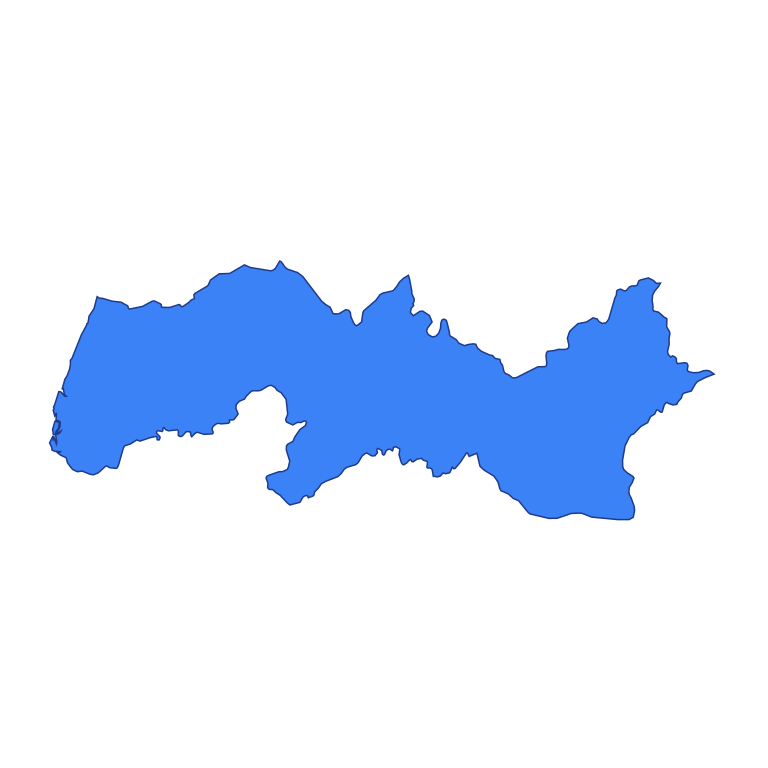 the border of Pernambuco, rotated 185°
{"feature_id": "BRA-1313", "entity_name": "Pernambuco", "entity_type": "State", "adm_level": 1, "iso_a3": "BRA", "parent_name": "Brazil", "parent_adm1": "", "projection": "natural_earth1", "projection_center": [-37.928, -8.379], "detail": "fine", "context": "isolated", "style": "filled", "palette": "blue", "viewbox_px": 768, "rotation_deg": 185, "n_neighbors": 0, "source": "natural_earth", "source_scale": "10m", "svg_char_len": 6132}
<svg xmlns="http://www.w3.org/2000/svg" viewBox="0 0 768 768"><g transform="rotate(185 384 384)"><path d="M703.2,287.0L699.6,288.5L706.0,288.2L709.0,289.3L709.4,291.6L712.0,296.2L709.4,303.0L708.7,302.9L708.5,298.7L707.9,301.9L705.1,295.7L704.9,297.9L706.5,303.6L706.0,305.8L704.8,305.6L703.7,306.2L702.5,307.3L701.7,309.1L704.7,306.9L705.9,307.2L703.2,312.5L703.1,317.4L704.0,318.6L707.6,319.5L707.8,326.6L709.2,323.5L711.3,329.1L710.5,330.6L711.2,332.2L710.3,334.5L707.3,348.0L706.0,348.2L704.3,347.3L701.1,344.1L699.5,344.1L701.7,346.1L702.8,350.9L703.6,352.1L704.3,350.4L702.3,360.9L700.3,364.9L698.5,371.6L698.1,376.0L698.5,380.3L697.1,382.3L689.7,406.8L685.3,416.9L685.4,418.0L684.2,419.1L683.7,426.0L679.5,433.6L677.4,446.0L674.8,444.7L671.9,444.8L662.0,442.8L653.1,442.6L646.1,439.5L645.0,436.8L643.5,436.6L631.2,440.3L622.5,446.1L620.2,446.8L613.7,444.4L612.8,443.6L612.2,441.0L604.1,441.6L595.2,445.3L594.0,444.9L592.8,443.4L590.9,443.8L585.5,448.3L583.4,450.9L580.3,452.5L581.2,456.2L580.2,457.8L568.6,466.1L567.8,467.1L565.9,472.5L557.8,479.4L547.3,480.7L533.4,490.5L527.2,488.4L507.0,486.9L504.7,487.5L502.2,489.8L498.6,497.4L497.0,496.8L492.6,491.6L490.1,490.0L479.9,487.5L474.4,484.1L453.3,461.0L448.9,458.0L444.4,455.8L440.7,449.5L435.3,449.9L428.5,454.7L425.5,454.3L423.8,452.4L422.7,447.8L419.7,442.5L417.8,440.1L416.8,439.7L415.6,440.2L411.8,443.8L411.2,453.5L410.6,455.1L399.3,466.8L395.8,472.6L393.1,474.5L383.6,477.5L382.5,478.4L379.7,482.5L377.4,487.0L373.9,490.9L369.2,494.4L367.8,491.1L364.4,479.0L364.2,476.5L361.3,471.3L361.3,468.8L362.1,466.5L361.3,464.8L363.4,461.8L364.0,457.6L360.7,454.6L354.6,459.5L351.8,460.0L344.6,456.1L341.5,449.9L345.6,443.4L346.2,440.3L344.3,437.1L340.0,435.1L336.4,436.2L333.8,439.7L332.6,444.3L332.6,449.9L331.9,452.7L330.3,453.8L328.3,453.4L327.1,452.2L323.4,441.5L323.1,439.1L322.2,437.6L316.2,434.7L313.0,431.2L307.3,429.2L303.2,430.8L298.5,431.8L296.0,431.6L294.2,428.2L289.9,425.1L281.6,422.2L278.3,421.8L275.6,419.2L270.7,418.6L269.6,415.3L267.7,413.2L265.6,406.9L264.0,405.1L260.3,403.9L256.6,401.4L254.6,401.4L252.5,402.0L232.3,414.5L224.9,415.4L223.8,416.4L223.7,418.7L225.1,426.4L224.8,429.4L223.9,430.8L217.5,432.1L213.3,433.7L206.6,434.2L204.6,434.9L203.3,436.4L203.1,438.5L205.3,445.6L204.0,451.3L203.3,453.1L196.1,461.0L187.6,463.4L181.6,468.1L177.3,467.4L175.3,464.9L171.9,463.4L168.1,464.3L165.8,468.1L161.5,489.8L160.3,492.8L160.3,496.8L159.6,497.9L156.6,499.2L152.5,497.6L150.7,498.3L148.1,502.0L146.0,503.2L141.9,503.7L140.3,504.6L139.2,508.8L137.8,509.9L129.9,512.7L124.8,510.7L121.4,508.0L117.4,508.6L119.0,505.1L122.4,500.2L124.2,496.0L124.1,490.3L122.7,484.5L122.8,481.8L121.8,480.3L116.8,479.5L110.9,475.1L107.9,473.7L107.4,465.6L104.1,461.0L103.6,458.9L104.0,453.9L103.4,448.5L104.4,440.8L103.2,438.0L100.6,435.9L98.8,437.2L96.0,436.0L95.0,434.7L94.6,431.6L93.4,429.9L86.3,431.4L84.1,431.1L82.8,429.1L83.1,424.4L82.6,423.5L80.9,422.7L77.1,422.2L71.5,422.9L66.7,425.1L63.4,425.7L60.6,425.3L56.0,422.6L64.9,418.2L72.0,413.7L73.8,411.2L77.2,403.8L84.8,400.9L85.9,399.1L86.6,395.8L89.4,392.1L90.6,389.3L94.1,388.3L98.9,389.4L100.3,390.3L101.2,390.1L103.0,387.7L104.4,380.4L105.7,380.0L109.0,382.0L110.1,382.0L111.8,377.6L115.7,374.7L118.0,368.5L124.5,364.1L130.8,356.2L133.5,354.8L135.2,352.0L138.5,343.4L139.7,329.0L139.0,322.5L137.7,319.7L133.9,316.7L128.1,313.7L126.8,312.2L128.2,307.2L130.6,302.6L130.7,298.0L129.9,295.1L127.8,291.9L124.0,283.6L123.3,279.7L124.1,272.9L128.0,270.3L139.0,269.3L165.4,269.5L175.4,272.4L177.7,272.5L186.4,271.3L199.8,265.3L208.0,264.5L227.3,267.3L229.3,268.7L239.8,279.5L245.3,281.3L250.4,285.3L258.2,287.9L259.6,290.0L261.9,296.3L266.4,301.8L276.7,306.9L281.2,310.4L285.4,323.1L292.9,319.3L294.8,322.6L295.9,322.4L301.1,312.7L305.9,306.0L307.2,305.7L308.7,307.1L310.8,301.3L314.7,300.0L317.4,300.5L320.0,297.1L323.0,296.0L324.8,296.5L326.8,296.2L328.6,303.0L330.7,304.4L333.3,304.1L334.0,304.8L333.9,309.9L334.5,310.8L338.0,311.4L340.1,313.1L344.2,312.2L348.2,309.0L349.5,309.1L350.9,311.1L351.5,311.0L354.5,307.3L357.3,305.2L358.5,305.6L359.9,307.2L362.9,314.9L362.5,320.2L363.1,321.0L367.1,322.6L369.1,321.5L369.4,318.8L369.9,318.1L372.1,319.6L374.7,319.0L376.1,317.5L377.3,313.8L378.1,313.2L379.3,313.8L380.6,317.6L384.6,319.3L385.5,318.0L384.6,314.9L386.8,311.7L389.9,311.3L394.9,313.7L396.5,313.2L399.4,310.6L402.9,303.4L405.1,301.2L413.5,297.9L416.2,295.6L419.0,290.9L421.9,287.7L433.0,282.3L437.8,279.1L440.2,274.7L443.6,270.6L444.2,267.2L445.0,266.2L449.5,264.1L450.6,266.2L453.3,265.6L455.0,264.1L457.4,258.8L467.2,255.3L470.1,257.2L477.8,264.1L482.1,266.3L485.6,269.1L489.0,269.0L490.3,269.8L491.0,271.4L490.9,274.9L493.3,280.1L492.8,281.6L491.2,282.9L481.1,287.4L477.0,288.0L472.9,290.5L472.0,292.9L471.2,299.0L475.6,309.9L475.8,313.9L474.8,315.5L469.7,319.0L468.2,323.5L463.9,331.2L458.7,335.7L457.9,339.1L458.7,340.1L460.5,340.2L463.3,338.4L467.0,338.2L471.2,335.3L477.6,337.5L478.5,338.8L478.8,340.5L477.3,345.5L480.2,360.2L485.6,366.3L489.9,368.3L492.3,371.1L496.3,372.9L499.1,372.1L506.3,366.9L509.1,366.2L514.3,365.8L515.8,364.9L519.9,360.2L521.7,356.8L526.6,354.2L529.4,350.6L529.4,346.9L526.7,341.5L530.0,336.0L531.3,335.1L534.9,334.6L534.4,332.5L535.7,331.3L542.7,330.1L545.9,330.4L547.8,329.5L550.5,327.0L551.2,325.5L551.2,323.5L550.0,321.0L550.1,319.8L551.0,319.3L559.0,318.2L565.9,319.7L568.2,318.1L570.9,314.7L571.8,315.7L572.7,319.3L575.8,319.5L577.3,318.8L580.3,314.7L581.9,313.9L583.1,314.0L584.5,315.0L584.7,319.2L585.8,320.3L594.7,318.6L597.4,319.4L599.6,321.5L600.3,320.5L600.3,318.2L601.0,317.3L605.1,317.8L606.1,317.2L606.4,316.3L606.2,315.1L602.6,312.0L602.5,310.1L603.3,308.6L605.2,308.7L605.5,311.4L607.0,311.8L612.7,310.0L622.0,305.9L625.5,306.7L631.3,302.2L636.9,299.9L638.1,297.3L641.4,280.1L642.4,277.3L643.3,276.6L650.1,276.7L652.6,278.1L654.1,277.9L661.0,270.5L665.6,268.2L669.1,268.5L677.0,270.9L681.9,269.9L686.1,271.4L688.3,273.2L692.5,278.0L694.1,282.8L700.1,285.0L703.2,287.0ZM707.2,304.9L708.9,304.9L709.4,305.7L709.3,306.6L710.2,309.7L708.6,318.1L707.9,318.4L704.0,317.3L704.4,311.4L706.5,308.4L707.2,304.9Z" fill="#3b82f6" stroke="#1e3a8a" stroke-width="1.5"/></g></svg>